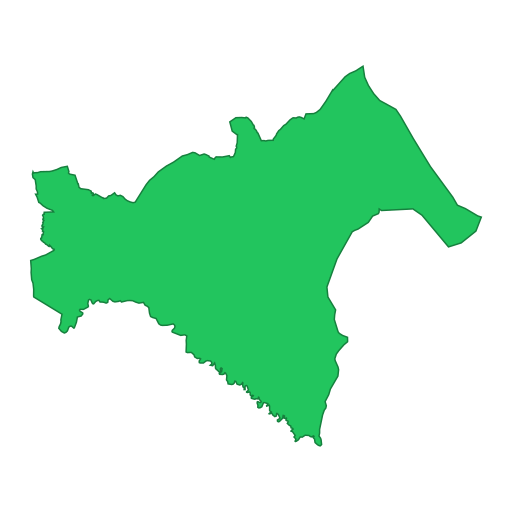 Kyela, Mbeya, United Republic of Tanzania (orthographic projection)
{"feature_id": "72390352B41643980878870", "entity_name": "Kyela", "entity_type": "district", "adm_level": 2, "iso_a3": "TZA", "parent_name": "United Republic of Tanzania", "parent_adm1": "Mbeya", "projection": "orthographic", "projection_center": [33.836, -9.544], "detail": "fine", "context": "isolated", "style": "filled", "palette": "green", "viewbox_px": 512, "rotation_deg": 0, "n_neighbors": 0, "source": "geoboundaries", "source_scale": "gbopen_adm2", "svg_char_len": 5988}
<svg xmlns="http://www.w3.org/2000/svg" viewBox="0 0 512 512"><path d="M481.3,217.1L477.7,215.9L465.4,208.6L457.4,205.2L452.8,197.2L430.4,166.6L413.3,138.6L400.5,116.2L395.9,109.4L379.7,100.5L373.7,93.7L368.4,85.5L364.7,77.3L363.0,66.2L355.7,70.9L349.7,73.5L345.2,76.7L333.0,90.3L332.7,89.9L326.0,101.1L320.1,109.5L316.3,112.5L313.7,113.6L306.0,113.9L304.1,118.9L301.1,117.4L299.2,116.9L297.4,117.3L296.3,118.0L293.1,117.8L292.4,118.2L290.0,119.9L286.0,124.2L283.7,125.6L280.3,129.5L278.8,130.6L276.6,133.9L276.2,135.3L273.3,139.1L273.2,140.3L268.0,140.4L265.8,141.0L264.1,140.6L261.3,140.7L257.9,133.0L257.1,132.5L256.8,131.4L255.4,129.3L254.3,128.7L254.0,128.1L254.5,127.2L253.9,125.3L253.4,125.2L251.3,121.5L247.8,117.9L246.1,117.2L245.5,117.9L241.6,117.5L235.9,117.7L229.8,121.9L232.2,131.1L237.1,134.8L237.5,134.7L237.2,142.9L236.2,146.2L236.7,146.9L236.6,148.2L235.6,149.2L235.3,152.6L233.5,156.6L230.7,157.1L230.3,157.4L229.3,155.7L222.4,157.0L216.1,156.9L215.1,157.8L214.3,159.3L209.3,157.1L209.0,156.1L205.7,154.5L204.1,154.0L199.6,155.5L195.0,152.8L192.7,152.4L187.5,154.6L182.3,156.0L173.6,162.1L166.5,166.0L158.3,171.9L154.0,176.7L149.6,180.3L146.2,184.6L135.2,202.2L133.1,202.7L130.3,202.0L127.1,200.6L125.1,199.1L122.9,196.6L120.3,195.3L117.9,195.9L116.0,194.9L114.6,192.8L110.9,195.5L108.7,195.9L106.5,198.2L103.5,198.5L103.0,197.7L102.3,197.7L97.0,194.6L95.4,194.0L93.0,195.7L92.4,195.2L93.4,194.8L93.3,193.6L93.0,193.0L92.2,192.8L91.4,193.1L91.2,191.2L88.4,189.7L80.8,188.7L79.0,187.3L78.3,183.9L77.9,183.9L75.0,175.2L69.6,174.1L68.5,173.1L68.9,171.5L67.3,166.3L61.2,167.5L56.9,169.5L52.2,171.0L49.7,171.5L40.6,171.7L37.7,172.6L34.7,172.7L33.6,173.1L33.0,171.8L32.4,174.1L33.0,177.6L35.2,179.6L36.2,185.9L36.2,189.0L37.3,191.4L37.6,192.9L37.6,194.2L35.6,194.2L37.1,197.1L38.8,202.4L40.2,203.1L43.1,205.8L46.9,208.2L52.5,210.4L53.6,211.9L44.2,212.3L44.2,214.2L43.5,214.2L42.6,215.2L43.4,216.9L43.5,218.8L42.8,219.1L43.1,220.1L43.9,220.5L42.8,222.4L43.2,222.7L42.6,224.9L42.0,225.3L42.6,226.3L42.1,226.6L42.3,227.1L43.5,227.0L42.8,228.5L41.7,228.8L42.7,229.6L42.5,231.2L43.5,231.4L43.6,231.8L43.1,233.5L43.3,234.5L43.1,234.8L42.1,234.7L41.6,238.0L40.8,238.3L40.7,239.1L41.6,240.7L42.5,241.0L43.3,242.1L44.6,242.8L45.7,244.2L46.5,244.4L48.6,246.2L49.5,245.2L49.8,246.4L50.5,246.1L52.7,248.8L54.2,249.3L53.9,250.4L45.6,255.0L41.7,256.2L34.0,259.5L30.7,260.5L31.3,268.7L31.1,272.5L31.7,279.7L33.0,283.1L33.7,289.4L33.6,296.1L33.8,297.0L62.0,314.2L60.9,319.7L61.0,321.8L60.5,324.0L59.2,326.6L58.8,328.3L61.4,331.4L64.3,333.0L65.9,332.4L67.4,330.9L68.8,327.1L70.3,326.1L71.6,326.2L73.8,328.1L74.3,327.9L76.4,322.3L77.4,317.0L81.2,316.0L82.8,313.9L82.7,312.9L80.0,311.2L79.5,310.1L80.1,309.3L83.5,309.4L88.0,307.0L88.4,306.1L87.8,303.6L88.5,300.0L89.5,299.4L90.9,299.9L92.2,303.0L93.1,303.9L93.7,303.8L95.7,301.5L97.3,300.6L98.9,300.3L100.0,302.0L102.7,302.1L104.7,302.5L105.3,302.9L106.6,303.0L107.8,302.2L108.0,299.9L109.7,298.5L112.9,301.3L114.9,301.9L118.6,301.4L120.2,300.7L121.5,302.0L127.2,300.6L129.6,300.5L132.7,300.7L135.7,302.1L138.9,303.1L143.5,302.4L145.1,305.2L147.2,306.2L148.8,307.6L149.5,313.1L150.6,316.5L152.6,317.5L156.1,318.5L158.8,323.8L160.7,325.1L162.4,325.4L167.4,325.2L173.2,323.9L174.4,324.9L175.0,326.2L174.5,328.2L172.3,330.3L172.0,331.3L172.3,332.1L180.7,335.4L184.8,334.8L186.8,335.9L186.2,340.4L186.4,344.2L186.1,352.0L187.4,352.6L191.3,352.4L194.0,354.8L194.7,356.9L197.3,358.5L199.8,358.3L200.6,358.9L199.2,361.0L199.3,362.6L200.2,363.0L203.4,363.0L206.0,361.0L207.4,360.6L210.6,361.0L211.8,362.7L211.6,364.1L210.3,365.2L212.7,365.7L214.6,363.0L215.4,365.7L215.5,368.2L216.4,369.5L217.3,370.0L218.9,371.8L219.9,372.0L220.6,371.2L220.4,368.6L221.1,367.9L222.1,368.6L221.6,371.7L219.3,373.4L219.3,373.8L219.7,374.3L222.4,374.5L223.9,374.2L224.9,372.7L225.5,373.0L226.9,375.6L226.5,379.9L227.7,381.6L228.1,383.9L231.8,384.5L233.2,384.1L234.2,383.1L234.9,381.1L235.8,381.4L237.1,384.2L239.8,385.0L241.3,384.3L242.6,382.6L242.9,383.0L242.6,384.4L243.0,386.9L244.2,387.7L244.1,389.6L245.1,389.6L245.0,387.0L245.3,386.0L246.3,385.5L247.1,386.0L248.4,389.8L248.0,390.6L246.6,391.7L246.6,392.2L247.3,392.5L249.7,392.0L250.2,392.8L250.2,394.9L250.9,395.7L252.8,395.3L253.3,395.6L252.9,396.2L251.7,396.8L251.3,397.4L251.4,398.3L254.4,399.2L255.1,399.2L255.7,398.7L258.0,398.9L258.5,397.2L258.8,397.3L259.6,399.8L260.7,400.8L261.2,401.8L260.6,402.5L259.6,402.5L257.8,401.6L257.2,402.0L257.2,403.3L257.9,405.2L257.8,407.3L258.7,407.9L260.0,407.8L261.8,406.8L263.5,402.7L264.5,402.6L267.9,403.6L267.8,404.5L266.6,405.6L266.7,406.1L269.3,405.2L269.6,406.2L269.6,410.4L270.0,411.1L271.4,412.0L271.3,412.5L269.7,413.0L269.1,413.7L269.8,413.9L271.1,413.2L272.0,413.5L272.7,414.9L274.8,416.6L276.4,416.0L276.6,413.5L277.2,413.5L278.4,414.6L279.9,418.0L279.7,418.5L277.4,420.0L277.5,421.2L278.3,421.8L279.4,421.5L282.6,418.3L283.2,415.4L284.1,415.6L284.5,416.0L284.1,418.1L285.1,418.4L286.4,418.1L286.5,418.6L285.9,420.0L286.5,420.6L287.7,420.9L288.2,421.9L287.3,423.4L289.4,425.4L290.7,425.9L291.1,427.9L292.6,428.3L293.1,429.1L291.2,430.5L291.1,431.3L292.4,431.5L295.2,435.5L294.0,437.0L295.9,439.0L295.1,441.2L295.4,441.5L296.4,441.2L298.4,439.8L300.2,437.0L302.3,437.1L305.2,435.2L309.1,435.5L310.2,436.5L311.5,436.9L313.5,435.9L314.0,436.3L313.2,437.6L314.5,439.0L315.1,442.6L317.6,444.8L319.3,445.7L320.4,445.8L321.6,444.5L321.1,439.9L320.6,438.3L319.0,436.0L319.6,433.1L319.6,429.3L322.6,414.9L324.3,410.1L325.8,408.1L326.3,405.7L325.1,401.6L328.7,394.7L330.4,389.0L337.9,376.1L338.6,369.7L338.0,367.0L335.2,360.7L334.8,358.8L336.3,354.1L338.8,350.6L343.9,344.8L347.5,341.8L347.6,341.3L347.5,337.3L342.7,335.5L339.6,333.6L338.4,332.4L337.9,331.2L334.3,319.5L334.7,314.6L335.6,309.9L327.9,297.0L326.9,287.0L337.0,258.9L352.2,231.8L354.8,230.3L358.0,229.1L368.3,222.4L372.6,216.1L378.4,213.6L379.1,212.0L379.2,209.0L381.5,210.5L412.9,208.9L422.0,215.2L448.5,246.9L461.2,242.9L475.9,231.1L481.3,217.1Z" fill="#22c55e" stroke="#15803d" stroke-width="1.5"/></svg>